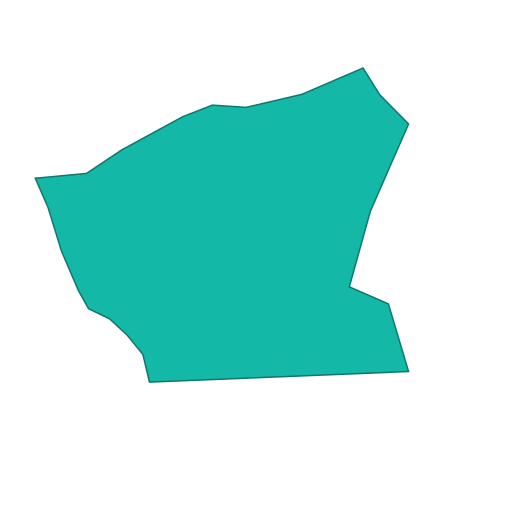 outline of Sardoba, Sirdaryo, Uzbekistan, rotated 162°
{"feature_id": "79887680B81197262322731", "entity_name": "Sardoba", "entity_type": "district", "adm_level": 2, "iso_a3": "UZB", "parent_name": "Uzbekistan", "parent_adm1": "Sirdaryo", "projection": "equal_earth", "projection_center": [68.315, 40.329], "detail": "fine", "context": "isolated", "style": "filled", "palette": "teal", "viewbox_px": 512, "rotation_deg": 162, "n_neighbors": 0, "source": "geoboundaries", "source_scale": "gbopen_adm2", "svg_char_len": 443}
<svg xmlns="http://www.w3.org/2000/svg" viewBox="0 0 512 512"><g transform="rotate(162 256 256)"><path d="M282.9,411.1L350.5,398.5L391.7,386.9L441.9,398.2L438.8,366.7L439.5,320.8L435.6,278.1L431.5,257.5L414.7,241.5L403.0,220.6L394.0,197.3L396.3,169.0L146.6,99.0L144.9,169.5L176.8,197.8L133.5,263.1L70.1,334.4L88.5,371.1L96.1,401.7L162.4,395.6L219.5,400.4L250.9,413.0L282.9,411.1Z" fill="#14b8a6" stroke="#0f766e" stroke-width="1.5"/></g></svg>